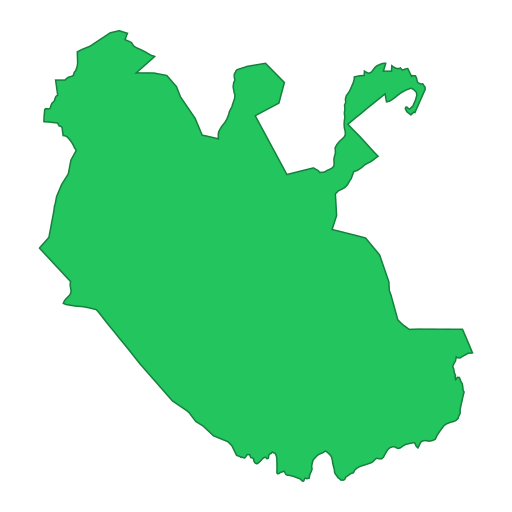 outline of Larráinzar, Chiapas, Mexico
{"feature_id": "50627088B14622530050765", "entity_name": "Larráinzar", "entity_type": "district", "adm_level": 2, "iso_a3": "MEX", "parent_name": "Mexico", "parent_adm1": "Chiapas", "projection": "natural_earth1", "projection_center": [-92.767, 16.928], "detail": "fine", "context": "isolated", "style": "filled", "palette": "green", "viewbox_px": 512, "rotation_deg": 0, "n_neighbors": 0, "source": "geoboundaries", "source_scale": "gbopen_adm2", "svg_char_len": 5866}
<svg xmlns="http://www.w3.org/2000/svg" viewBox="0 0 512 512"><path d="M422.7,83.8L421.5,84.1L419.2,83.3L418.0,82.7L417.2,81.4L416.6,78.2L415.4,75.8L412.2,75.6L411.5,76.4L407.8,68.6L407.6,68.5L405.7,68.9L402.3,70.1L401.9,69.6L400.4,67.9L399.6,68.4L398.0,68.6L395.9,68.3L393.3,66.8L391.8,65.7L391.5,71.2L383.4,71.1L385.7,63.5L385.7,63.3L384.8,63.2L381.9,63.6L377.0,65.7L375.0,67.4L373.1,69.8L371.5,72.1L368.7,73.3L365.6,71.9L364.4,71.1L364.2,75.5L360.0,75.7L354.3,76.9L354.2,79.2L353.5,82.0L352.3,84.8L351.3,87.3L349.5,91.1L348.2,93.1L346.4,95.5L345.4,99.0L345.7,102.5L344.5,105.1L344.9,108.8L344.3,113.3L344.9,117.1L344.3,120.8L344.1,123.8L344.3,127.7L345.2,131.4L345.3,134.7L344.1,137.1L342.0,139.1L339.7,141.1L337.0,144.4L335.1,147.8L335.3,150.0L335.4,153.3L334.3,156.9L333.9,159.2L334.1,164.1L333.8,166.1L332.0,168.1L329.7,169.3L327.1,170.4L324.9,171.8L322.5,172.3L319.5,172.4L318.5,170.8L313.4,167.9L286.9,174.5L255.2,115.7L278.9,103.1L284.4,82.5L265.5,63.3L247.5,66.3L237.1,69.7L236.0,70.8L235.6,71.9L234.6,73.4L234.1,75.8L234.3,77.3L234.9,80.2L233.7,82.5L233.1,86.8L234.1,92.4L234.9,95.0L234.6,98.4L232.5,104.6L231.9,106.9L230.7,109.0L229.4,111.6L228.5,114.9L226.9,119.0L224.8,122.6L222.8,125.0L221.2,127.2L219.6,130.0L218.7,131.7L218.3,133.8L218.3,138.8L206.0,135.9L202.2,135.2L195.1,118.3L180.5,96.9L176.5,86.7L166.8,75.5L154.0,73.0L136.2,72.9L154.7,56.5L153.7,56.0L152.8,55.8L151.7,55.6L150.3,54.8L148.8,54.0L145.3,51.9L140.5,49.5L135.7,47.4L133.6,45.9L131.5,42.6L129.0,41.3L126.8,40.5L125.1,39.6L126.7,35.1L127.5,33.3L121.1,31.3L120.3,31.0L119.2,30.7L110.2,32.8L90.0,46.2L82.1,49.4L77.3,51.8L77.6,62.8L77.4,65.0L77.0,67.0L76.6,67.9L76.6,68.6L76.1,69.2L75.7,70.7L74.7,71.7L74.1,72.6L74.1,73.0L73.9,73.4L73.5,74.9L73.2,75.2L73.2,75.7L72.6,75.9L71.4,76.4L70.0,76.7L68.7,77.1L67.4,77.9L66.1,78.9L65.0,80.1L55.6,80.1L57.7,95.3L56.5,95.9L55.9,96.5L55.6,97.1L55.3,98.0L54.9,98.7L54.7,99.4L54.6,100.2L54.5,100.6L54.3,101.0L53.7,101.6L53.0,102.2L52.2,103.0L51.8,103.5L51.7,103.7L51.5,104.4L50.9,105.6L50.8,106.0L50.8,106.5L50.7,106.8L50.4,107.6L49.8,108.4L49.0,109.0L46.8,108.7L46.7,108.9L46.3,108.7L46.0,108.6L45.6,108.7L45.2,109.0L44.7,109.7L44.1,116.2L43.9,121.7L51.3,122.2L51.7,122.4L52.3,122.5L56.1,122.8L56.7,122.9L57.3,123.1L57.7,123.1L57.9,123.3L58.0,123.8L58.7,125.3L59.0,125.7L59.3,126.0L60.4,126.2L60.8,126.4L62.0,127.3L63.1,135.6L65.0,135.8L65.7,136.1L67.2,136.9L69.2,139.1L71.7,142.4L73.3,145.2L74.2,147.2L76.2,150.5L70.9,160.2L68.3,173.9L61.8,184.2L61.3,185.3L56.6,196.5L55.2,203.9L54.5,205.9L54.1,209.1L53.5,212.9L48.9,237.4L41.3,245.9L39.6,247.9L39.5,248.2L70.6,281.6L70.1,284.4L70.5,287.5L71.1,290.9L70.4,294.0L69.3,295.5L65.6,299.2L63.9,301.8L63.3,303.4L66.4,304.6L75.5,306.1L79.6,306.4L83.9,306.8L88.8,307.8L96.2,309.6L98.6,312.2L103.8,318.9L105.2,320.7L106.6,322.5L110.9,327.8L114.5,332.1L118.6,337.3L128.2,349.0L135.3,358.0L140.0,363.9L172.4,400.9L187.1,410.9L189.3,412.9L195.7,421.4L203.2,426.1L213.5,435.8L227.9,441.7L231.8,445.6L236.6,455.4L239.6,456.4L241.0,457.4L241.6,456.9L243.1,457.7L244.6,458.0L245.5,457.2L246.4,455.7L247.3,454.6L249.9,454.7L250.1,455.8L250.7,457.6L252.0,457.8L253.4,458.5L254.0,461.3L255.2,463.1L256.9,463.8L258.3,463.0L260.6,460.9L262.7,458.5L264.6,457.4L265.1,457.3L265.9,457.5L266.9,458.7L267.2,458.7L268.4,458.2L268.8,455.3L269.5,454.1L271.1,453.5L272.0,452.1L272.4,452.0L273.3,452.8L275.0,453.1L276.1,455.4L276.4,456.2L276.8,458.5L276.9,461.1L277.0,466.6L276.9,473.0L277.7,473.8L279.0,473.5L280.4,472.4L281.6,472.1L283.1,471.6L284.2,471.3L285.9,474.4L287.1,475.1L290.0,475.5L293.5,476.4L300.3,479.0L301.9,480.7L303.0,481.3L303.8,480.8L304.5,479.0L305.0,478.2L305.9,478.3L306.7,478.7L309.2,478.2L309.5,475.8L310.5,473.0L311.5,470.9L312.1,468.9L311.7,466.9L311.9,464.7L312.5,462.1L313.4,459.6L317.4,455.4L319.2,454.2L322.7,452.8L325.5,451.0L327.1,452.1L330.0,454.8L331.5,456.9L332.4,460.7L332.8,463.5L333.4,466.3L334.3,469.4L334.6,472.4L335.2,473.8L336.8,475.9L337.9,477.6L339.8,479.0L340.9,480.1L343.6,480.1L344.6,479.5L346.0,476.9L348.7,475.2L349.9,474.1L351.7,473.3L353.4,472.8L354.6,470.3L356.7,468.3L359.8,466.5L367.6,464.0L371.1,462.8L373.0,461.6L374.3,460.3L375.7,458.7L377.0,458.3L379.2,458.8L381.4,458.9L383.4,457.3L384.8,454.6L387.6,449.8L389.8,447.8L392.5,446.8L394.8,446.8L396.3,447.8L398.3,448.5L400.5,447.8L403.2,445.8L405.7,444.4L412.8,442.8L414.6,442.8L416.3,446.4L417.9,447.9L419.0,445.8L419.9,443.8L421.3,441.6L423.5,440.7L426.1,440.6L428.1,441.1L430.5,441.0L433.2,440.3L435.4,439.1L437.1,435.3L440.0,431.0L444.0,425.6L446.8,423.7L451.1,422.1L453.0,421.7L455.9,420.5L458.1,418.5L458.8,415.9L459.9,414.0L460.2,412.6L460.1,409.8L461.3,403.8L462.1,400.6L462.9,396.7L464.1,392.0L463.0,390.1L463.0,388.2L462.8,387.0L462.3,383.8L461.1,381.8L460.1,379.5L459.4,377.5L457.2,377.3L456.5,378.7L455.6,379.6L455.1,377.0L455.5,375.4L454.3,372.6L454.1,371.0L453.7,369.0L452.7,366.6L453.4,364.8L454.2,363.1L455.5,361.0L456.3,356.8L457.9,357.9L460.2,357.9L462.3,356.5L468.4,353.2L470.6,353.1L472.5,352.9L467.5,340.9L462.5,329.3L418.3,329.1L409.2,329.4L402.4,324.4L397.8,319.8L391.0,295.1L389.3,290.5L388.9,282.0L379.6,254.9L365.6,238.0L358.4,236.1L332.1,229.5L336.6,215.6L335.4,193.9L338.2,191.0L339.9,190.1L341.7,189.3L344.9,187.5L345.6,186.7L347.4,184.8L348.9,182.3L350.3,179.8L351.2,178.7L353.7,171.7L357.4,170.4L359.8,168.8L361.1,168.0L365.2,164.5L366.2,164.0L369.3,162.4L370.4,161.9L373.2,160.0L375.6,158.0L378.1,156.3L374.2,152.3L360.5,137.2L352.1,128.7L347.9,124.3L355.6,117.8L361.4,113.2L366.2,109.1L385.1,93.9L386.5,101.9L389.4,101.2L392.1,99.6L395.4,97.2L397.8,95.2L400.9,92.9L403.5,91.4L406.3,89.9L411.0,88.2L413.5,89.4L416.4,92.3L416.8,95.4L416.2,97.5L415.4,100.3L414.6,102.0L413.0,105.8L409.6,109.1L408.4,108.6L407.0,107.1L405.8,107.1L405.3,108.6L406.8,111.7L410.9,114.9L413.9,112.1L414.9,112.6L425.2,89.4L425.0,86.9L424.3,86.2L422.7,83.8Z" fill="#22c55e" stroke="#15803d" stroke-width="1.5"/></svg>